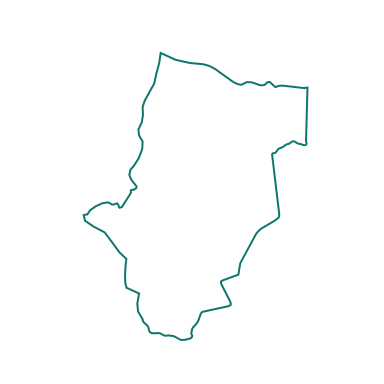 Mandoul, orthographic projection, rotated 206°
{"feature_id": "TCD-1488", "entity_name": "Mandoul", "entity_type": "Prefecture", "adm_level": 1, "iso_a3": "TCD", "parent_name": "Chad", "parent_adm1": "", "projection": "orthographic", "projection_center": [17.512, 8.727], "detail": "fine", "context": "isolated", "style": "outline", "palette": "teal", "viewbox_px": 384, "rotation_deg": 206, "n_neighbors": 0, "source": "natural_earth", "source_scale": "10m", "svg_char_len": 2350}
<svg xmlns="http://www.w3.org/2000/svg" viewBox="0 0 384 384"><g transform="rotate(206 192 192)"><path d="M281.1,303.2L264.7,303.6L250.2,307.1L237.8,311.8L231.7,312.9L225.2,312.7L203.7,309.0L200.9,308.9L197.5,309.1L194.5,310.1L191.2,314.5L188.2,316.1L185.0,317.0L179.4,317.6L176.2,318.3L173.6,320.2L172.2,323.8L170.4,325.0L163.0,322.8L160.9,325.1L157.8,327.1L136.7,334.6L134.2,336.4L134.0,336.5L111.8,287.7L111.2,287.0L110.7,286.5L110.3,285.8L110.1,285.1L110.5,284.0L111.2,283.5L112.1,283.1L114.9,282.8L117.4,282.1L118.3,282.0L119.3,282.0L121.2,282.3L122.1,282.3L123.0,282.1L123.6,281.7L124.2,281.1L124.6,280.5L125.7,278.3L126.2,277.6L127.9,276.2L128.4,275.5L129.9,272.6L130.8,271.4L131.8,270.2L132.4,269.7L132.9,269.1L133.3,268.4L133.5,267.5L134.0,264.6L134.3,263.8L134.8,263.2L135.4,262.7L136.1,262.4L136.5,261.8L136.5,260.9L103.8,210.2L103.3,208.9L102.9,206.9L105.2,202.3L113.6,189.6L114.9,186.7L116.0,183.1L117.4,149.6L117.1,148.1L114.1,138.0L125.9,125.8L126.7,124.3L126.2,123.1L124.7,121.6L110.1,110.7L108.5,109.1L107.7,107.4L109.0,105.5L129.3,89.5L130.5,88.1L130.7,86.7L130.6,84.7L130.0,80.4L130.0,77.7L130.4,74.9L131.7,70.8L131.8,69.0L131.6,67.8L131.2,67.1L130.9,65.3L130.7,64.5L130.1,64.0L128.9,63.1L128.6,62.3L128.6,61.4L128.8,60.5L129.7,59.4L131.1,58.0L134.3,55.6L136.1,54.7L137.5,54.1L144.7,54.5L145.6,54.3L149.8,53.0L152.0,51.7L152.9,51.2L153.9,50.9L154.8,50.8L157.7,51.0L159.5,50.8L160.1,50.6L160.5,50.4L164.5,48.2L166.0,47.6L166.9,47.5L167.8,47.5L168.7,47.8L169.4,48.2L169.9,48.7L170.4,49.3L171.3,50.6L171.8,51.1L172.4,51.7L173.8,52.4L175.3,52.9L176.5,53.2L178.1,53.7L178.9,54.1L179.5,54.6L180.9,56.3L181.3,56.4L188.0,60.9L192.2,67.6L195.1,77.6L208.8,77.2L212.1,81.0L215.4,87.2L219.7,97.3L221.6,103.0L230.6,105.9L242.4,112.1L252.8,117.4L265.6,117.8L275.5,119.3L279.2,123.7L277.4,125.3L276.2,126.0L275.6,130.8L272.3,136.9L267.8,142.4L263.5,145.6L260.9,146.0L258.7,145.6L257.0,146.3L254.2,149.0L251.9,147.6L251.0,146.3L250.1,146.1L248.4,147.8L246.5,164.5L247.2,165.5L247.6,166.1L247.5,167.2L246.3,168.1L245.4,168.3L244.6,169.7L243.8,171.1L244.3,172.7L246.8,173.9L252.4,176.7L255.8,179.9L257.1,185.1L255.8,189.7L254.7,198.8L255.5,208.6L258.5,215.7L264.2,219.5L267.5,224.5L267.7,232.9L269.9,239.8L273.7,246.9L274.5,253.2L274.0,264.1L273.5,272.9L275.9,282.7L278.1,293.9L281.1,303.2Z" fill="none" stroke="#0f766e" stroke-width="2"/></g></svg>